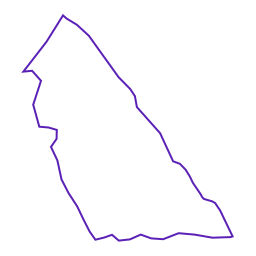 Xaçmaz, Albers equal-area conic projection
{"feature_id": "AZE-1730", "entity_name": "Xaçmaz", "entity_type": "District", "adm_level": 1, "iso_a3": "AZE", "parent_name": "Azerbaijan", "parent_adm1": "", "projection": "albers", "projection_center": [48.76, 41.597], "detail": "fine", "context": "isolated", "style": "outline", "palette": "violet", "viewbox_px": 256, "rotation_deg": 0, "n_neighbors": 0, "source": "natural_earth", "source_scale": "10m", "svg_char_len": 693}
<svg xmlns="http://www.w3.org/2000/svg" viewBox="0 0 256 256"><path d="M23.4,71.6L46.6,41.6L63.0,15.4L66.5,18.5L76.9,24.8L88.8,35.7L118.6,77.2L130.2,89.0L134.9,96.1L136.9,107.1L160.1,133.2L173.1,161.3L179.9,163.8L185.7,169.8L190.0,176.8L192.8,182.7L200.7,194.3L202.1,197.0L203.8,198.9L212.3,201.4L215.1,203.0L220.2,210.6L232.6,236.4L230.6,237.1L212.4,237.7L194.6,234.6L178.6,233.2L163.2,239.2L151.3,238.4L140.7,234.6L129.9,239.4L118.8,240.6L112.0,234.8L104.0,237.6L95.4,239.7L89.6,231.5L83.3,219.1L77.2,206.4L68.5,193.0L61.5,179.4L57.4,160.5L51.0,146.9L56.6,138.8L56.8,129.9L48.5,127.5L39.3,126.7L33.2,104.7L41.0,80.8L32.1,70.8L23.4,71.6Z" fill="none" stroke="#5b21b6" stroke-width="2"/></svg>